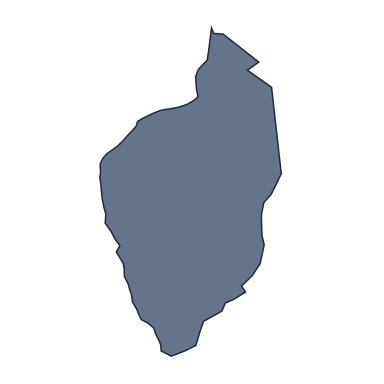 outline of Variseia, Nicosia, Cyprus, rotated 355°
{"feature_id": "46923920B52002347954875", "entity_name": "Variseia", "entity_type": "district", "adm_level": 2, "iso_a3": "CYP", "parent_name": "Cyprus", "parent_adm1": "Nicosia", "projection": "orthographic", "projection_center": [32.74, 35.114], "detail": "fine", "context": "isolated", "style": "filled", "palette": "slate", "viewbox_px": 384, "rotation_deg": 355, "n_neighbors": 0, "source": "geoboundaries", "source_scale": "gbopen_adm2", "svg_char_len": 1106}
<svg xmlns="http://www.w3.org/2000/svg" viewBox="0 0 384 384"><g transform="rotate(355 192 192)"><path d="M225.7,30.3L221.3,50.9L218.7,61.9L209.1,70.3L205.7,77.3L205.4,90.3L206.3,97.9L200.5,101.7L193.6,104.6L186.1,106.3L178.0,107.2L172.2,107.5L167.6,108.0L159.8,110.3L156.0,111.8L149.7,114.1L143.9,117.0L141.9,121.9L131.5,131.2L128.1,134.7L121.7,139.9L114.8,144.0L110.7,146.3L106.7,150.1L104.7,153.0L102.9,156.4L102.6,164.8L101.5,169.2L101.8,177.3L101.9,189.7L102.8,198.8L104.2,206.5L102.8,215.5L108.3,225.0L111.4,232.7L115.5,239.1L111.4,245.0L117.3,257.2L117.7,262.6L117.3,270.3L120.4,278.0L121.3,283.5L122.7,288.5L123.1,296.2L126.7,303.9L128.5,309.8L130.3,314.7L136.2,318.4L142.1,324.3L143.4,330.2L146.1,336.9L147.5,341.5L147.5,347.8L157.1,353.7L171.9,349.4L182.4,345.2L188.1,331.0L192.3,321.8L211.3,313.3L215.6,305.5L224.0,302.7L236.7,296.3L233.2,290.0L244.5,280.8L253.6,269.4L259.3,251.0L257.9,241.1L258.6,228.4L259.3,219.9L262.8,208.5L270.5,201.5L276.2,192.3L282.5,181.6L280.4,94.6L257.8,75.5L269.8,68.4L236.7,37.4L227.5,35.9L225.7,30.3Z" fill="#64748b" stroke="#1e293b" stroke-width="1.5"/></g></svg>